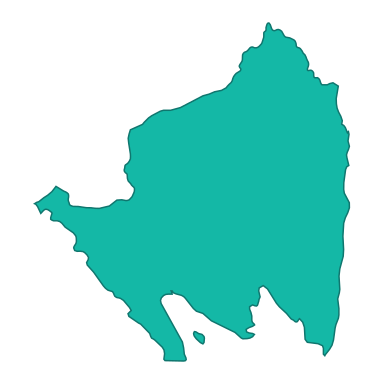 map outline of Lampung (Robinson projection)
{"feature_id": "IDN-1229", "entity_name": "Lampung", "entity_type": "Province", "adm_level": 1, "iso_a3": "IDN", "parent_name": "Indonesia", "parent_adm1": "", "projection": "robinson", "projection_center": [104.899, -4.841], "detail": "fine", "context": "isolated", "style": "filled", "palette": "teal", "viewbox_px": 384, "rotation_deg": 0, "n_neighbors": 0, "source": "natural_earth", "source_scale": "10m", "svg_char_len": 4596}
<svg xmlns="http://www.w3.org/2000/svg" viewBox="0 0 384 384"><path d="M338.3,86.1L336.2,98.6L336.4,103.9L337.1,108.1L338.5,111.9L340.8,116.3L342.3,120.7L341.7,124.2L343.8,125.5L345.3,127.5L347.4,132.7L347.7,132.2L347.8,132.1L348.4,131.6L349.0,134.3L348.0,141.0L349.4,146.3L348.5,149.3L347.2,152.3L346.5,154.9L346.9,157.6L348.8,165.5L346.8,166.7L345.6,169.5L343.8,182.7L343.7,189.5L344.3,193.2L349.3,202.7L349.4,207.8L347.7,212.8L345.3,217.8L343.7,223.1L342.9,236.3L343.6,249.4L343.2,256.3L339.8,268.9L339.0,276.1L339.8,289.4L339.3,292.9L337.7,298.9L338.9,308.6L338.9,314.9L338.4,318.2L335.9,324.7L335.1,328.1L333.5,340.0L332.0,345.2L329.5,349.4L325.3,354.7L324.8,355.7L323.4,354.2L323.4,348.3L322.5,345.7L318.1,343.7L307.3,342.3L305.1,339.3L304.4,327.3L302.7,322.2L299.5,318.7L298.8,319.4L297.5,321.4L296.8,321.9L295.4,321.8L294.4,321.0L293.5,320.1L292.5,319.7L291.1,318.9L286.5,313.4L279.4,306.8L276.4,303.2L267.5,288.9L263.2,285.6L259.2,287.9L258.7,290.9L260.1,296.9L258.8,300.0L258.9,300.6L257.6,304.9L257.3,305.4L256.5,306.0L254.9,305.8L252.6,304.9L249.6,306.7L249.6,309.2L250.9,312.4L251.8,316.0L251.8,320.2L252.2,321.9L253.2,323.2L254.2,324.1L254.6,324.9L252.6,326.3L249.0,327.6L246.1,329.4L246.6,331.9L249.3,333.0L252.6,333.5L254.4,334.4L252.6,336.7L250.1,338.0L247.3,338.6L242.8,338.8L241.2,338.0L235.0,332.4L211.4,320.8L202.9,313.4L196.4,311.2L193.4,308.5L185.3,298.2L183.7,296.6L181.4,295.3L176.1,293.9L173.4,292.8L172.1,290.9L171.1,290.9L171.4,291.6L172.1,294.1L168.5,294.1L165.8,294.4L163.6,295.5L161.3,297.9L160.5,300.5L161.1,303.5L182.4,342.0L183.6,347.8L184.3,354.2L185.9,357.8L186.2,359.5L185.5,360.6L183.8,361.0L165.0,360.6L163.9,359.2L164.6,353.7L164.0,350.0L162.3,347.2L155.1,340.3L153.7,339.2L151.6,338.1L150.7,336.4L149.7,333.4L140.7,324.1L138.5,323.0L128.9,316.4L128.0,313.7L131.2,310.5L129.5,307.5L123.5,300.4L120.5,298.4L119.0,297.9L117.7,297.7L116.5,297.4L114.9,296.3L114.2,295.0L113.5,293.2L112.5,291.6L108.0,290.2L105.5,288.3L103.4,285.9L93.5,272.0L87.3,265.1L86.6,262.6L88.2,259.6L88.5,257.4L87.0,254.9L84.8,252.7L83.1,251.6L80.1,251.2L77.1,251.3L74.7,250.5L73.7,247.9L74.1,246.4L76.0,243.4L76.4,241.5L76.3,238.3L76.1,236.9L75.7,235.8L73.3,232.8L65.2,227.2L61.9,223.2L59.7,221.5L57.2,220.8L53.7,220.8L52.2,220.3L50.7,219.3L50.7,217.7L52.0,213.2L51.6,212.3L50.8,211.8L49.5,210.7L47.9,209.7L46.0,209.2L44.6,209.6L43.3,210.7L40.8,213.4L37.6,206.6L35.8,204.2L34.6,203.7L36.6,202.4L38.8,201.7L44.0,197.6L47.6,195.3L51.9,191.7L56.0,186.4L63.7,191.1L65.8,192.0L67.2,192.9L68.3,194.0L68.6,195.3L68.6,197.0L68.3,198.6L68.2,200.1L68.5,201.4L69.2,203.1L69.5,204.6L70.8,205.6L73.0,206.4L78.2,206.5L86.3,207.7L91.0,207.8L95.2,208.3L99.3,208.4L109.4,206.0L116.9,200.1L121.8,199.8L126.1,200.6L127.6,200.4L128.9,200.0L129.7,199.3L132.1,196.7L134.1,192.2L134.4,190.9L134.5,188.8L134.2,187.8L133.6,187.0L132.8,186.4L131.4,184.9L130.7,183.7L128.3,181.1L127.8,179.8L127.4,178.3L127.2,174.5L126.8,173.8L125.3,172.6L124.4,171.3L124.2,170.3L124.3,169.3L124.6,168.5L125.0,165.7L125.4,165.0L127.5,163.5L128.3,162.6L129.3,161.2L130.4,158.9L130.5,156.2L130.4,153.9L128.7,143.0L128.2,138.3L129.1,134.0L130.4,129.8L142.5,124.4L144.2,122.3L148.6,117.9L151.9,115.6L160.3,111.2L163.5,110.3L170.5,110.3L180.4,107.6L203.0,95.8L209.2,94.1L214.6,91.8L221.5,90.4L226.2,87.8L227.4,86.2L229.0,84.5L231.2,82.5L232.2,80.8L232.8,78.6L233.7,76.5L235.0,74.7L236.2,73.4L240.2,70.9L240.8,69.8L240.8,68.9L239.7,67.4L239.3,66.5L239.3,65.8L239.9,64.5L242.0,61.3L242.2,60.6L242.4,59.5L242.5,56.3L242.6,54.8L243.3,53.4L244.4,52.3L246.5,51.5L247.8,50.4L250.1,47.7L251.2,47.1L252.6,47.0L254.6,47.8L256.4,47.8L258.0,47.2L259.4,46.1L261.4,43.9L262.0,42.8L263.7,37.4L263.8,36.0L263.8,33.2L263.9,32.5L264.3,32.0L264.8,31.5L265.5,31.1L265.9,30.4L266.1,29.3L266.0,27.8L266.4,26.2L266.8,24.9L267.4,23.6L268.2,23.0L269.1,23.1L270.3,24.8L271.6,28.5L272.5,30.1L274.1,30.7L275.2,30.5L277.1,29.6L278.5,29.5L280.1,30.1L281.7,31.3L284.2,35.8L285.5,37.1L289.8,37.9L293.9,39.9L295.2,41.2L296.0,43.4L296.2,44.8L296.3,46.1L296.8,46.9L297.6,47.5L299.0,47.8L300.3,48.6L302.1,51.0L303.2,53.2L304.9,54.8L306.0,57.0L306.6,58.8L307.7,61.2L308.0,61.6L308.5,63.0L308.6,64.6L308.4,65.9L307.4,68.8L307.4,70.0L308.1,70.6L310.5,70.2L311.5,70.4L312.5,71.1L313.5,72.5L313.7,73.8L313.7,75.3L313.9,76.9L314.8,77.8L317.6,77.7L318.9,78.7L319.8,80.1L320.9,83.5L322.0,84.8L327.3,84.8L329.7,83.6L333.0,82.8L338.3,86.1ZM202.1,334.5L204.0,336.5L204.4,338.1L204.0,342.5L202.9,343.9L200.4,342.6L196.3,338.8L194.4,336.3L193.8,334.8L193.6,333.3L194.4,331.6L195.8,331.8L198.7,333.6L201.3,334.2L202.1,334.5Z" fill="#14b8a6" stroke="#0f766e" stroke-width="1.5"/></svg>